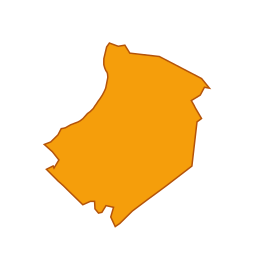 Jefferson, Missouri, United States of America, rotated 224°
{"feature_id": "52423323B41402843963170", "entity_name": "Jefferson", "entity_type": "district", "adm_level": 2, "iso_a3": "USA", "parent_name": "United States of America", "parent_adm1": "Missouri", "projection": "mercator", "projection_center": [-90.467, 38.253], "detail": "fine", "context": "isolated", "style": "filled", "palette": "amber", "viewbox_px": 256, "rotation_deg": 224, "n_neighbors": 0, "source": "geoboundaries", "source_scale": "gbopen_adm2", "svg_char_len": 1007}
<svg xmlns="http://www.w3.org/2000/svg" viewBox="0 0 256 256"><g transform="rotate(224 128 128)"><path d="M93.9,189.3L96.0,190.1L101.5,191.7L98.9,201.9L101.3,210.4L97.1,213.2L109.4,214.7L155.1,201.2L178.7,183.1L187.8,185.4L191.8,180.0L200.4,176.2L199.7,171.5L193.6,161.2L191.4,158.8L189.3,156.7L186.6,155.1L183.8,153.9L182.1,153.6L180.6,152.9L178.1,150.8L177.4,150.0L172.0,141.6L171.6,140.8L171.4,140.4L170.5,137.9L169.3,133.8L168.4,129.1L168.2,127.1L167.4,123.0L167.1,120.7L166.5,118.0L166.6,113.6L167.2,110.2L166.9,103.5L167.4,100.0L168.1,97.7L171.4,90.7L173.2,84.7L174.1,83.2L174.9,82.1L175.0,81.9L175.6,81.2L173.6,74.4L173.9,64.3L176.8,58.0L165.8,58.4L155.5,57.0L153.4,47.8L155.5,48.7L158.0,41.6L141.4,41.3L134.5,41.6L128.7,41.5L128.0,41.5L107.2,41.4L104.1,49.1L101.1,52.0L95.6,46.9L90.1,46.3L88.2,49.2L89.9,56.9L83.3,60.9L78.6,52.0L68.7,48.2L67.6,53.6L67.2,71.3L64.0,91.4L62.3,101.2L60.3,113.2L55.6,145.0L82.6,180.3L81.7,185.9L93.9,189.3Z" fill="#f59e0b" stroke="#b45309" stroke-width="1.5"/></g></svg>